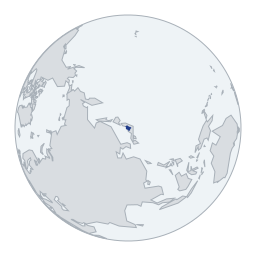 Niigata on an orthographic globe, rotated 277°
{"feature_id": "JPN-1867", "entity_name": "Niigata", "entity_type": "Prefecture", "adm_level": 1, "iso_a3": "JPN", "parent_name": "Japan", "parent_adm1": "", "projection": "orthographic", "projection_center": [138.832, 37.638], "detail": "fine", "context": "on_globe", "style": "filled", "palette": "blue", "viewbox_px": 256, "rotation_deg": 277, "n_neighbors": 0, "source": "natural_earth", "source_scale": "10m", "svg_char_len": 11884}
<svg xmlns="http://www.w3.org/2000/svg" viewBox="0 0 256 256"><g transform="rotate(277 128 128)"><circle cx="128" cy="128" r="113" fill="#eef3f6" stroke="#a8b0b8"/><path d="M199.3,202.4L199.2,202.9L199.1,203.1L199.3,202.4ZM221.7,65.5L219.8,64.5L223.6,68.4L224.5,70.0L224.7,70.3L223.8,69.6L222.6,67.7L219.7,65.5L219.1,67.0L213.3,64.1L202.6,56.3L203.8,55.7L201.1,54.1L199.4,55.0L199.0,56.0L187.4,54.1L180.7,59.3L182.1,63.8L179.0,60.8L184.0,71.7L182.6,77.6L182.0,69.2L180.3,67.1L178.3,70.1L176.1,68.7L173.9,69.4L171.4,67.5L171.3,63.0L169.7,61.8L168.4,64.0L165.1,63.8L167.3,60.6L161.8,59.9L160.5,52.9L168.4,47.1L165.6,42.7L168.1,35.6L165.7,35.1L165.2,32.5L162.3,31.1L163.6,30.5L160.2,29.9L159.5,30.8L157.8,30.9L156.1,30.2L157.4,29.2L158.5,29.4L157.9,28.8L159.4,28.6L157.7,28.3L159.5,27.3L155.1,27.3L154.4,25.8L156.3,25.4L159.5,26.7L171.8,30.0L174.7,30.5L175.7,29.7L170.3,25.2L172.1,25.4L172.2,24.9L169.6,24.0L168.7,24.2L164.0,22.7L163.4,23.4L161.4,23.0L159.4,23.5L156.1,22.1L153.9,20.7L155.4,20.3L154.5,19.7L150.2,19.3L150.0,18.1L145.0,16.7L145.3,16.7L148.6,17.3L154.8,18.6L158.7,19.6L161.2,20.4L169.2,23.2L177.1,26.6L184.6,30.6L191.9,35.2L198.7,40.3L205.2,45.9L211.2,52.0L216.7,58.6L221.7,65.5ZM224.9,126.1L224.0,124.1L225.3,124.2L224.9,126.1ZM223.0,123.6L223.4,124.1L222.9,123.8L223.0,123.6ZM222.3,123.9L222.8,123.7L222.3,124.2L222.3,123.9ZM221.5,124.6L221.9,124.1L221.9,124.3L221.5,124.6ZM220.0,125.0L219.6,125.0L219.9,124.4L220.0,125.0ZM199.2,56.8L199.6,55.2L202.0,55.1L201.8,56.5L199.2,56.8ZM194.4,57.4L194.0,56.1L197.1,57.5L196.3,57.8L194.4,57.4ZM183.6,67.6L184.4,65.9L184.3,68.0L183.6,67.6ZM174.0,69.8L174.5,70.8L173.1,70.8L174.0,69.8ZM161.4,24.2L160.5,23.8L161.3,23.9L161.4,24.2ZM161.5,24.8L163.1,25.2L163.4,25.6L162.4,25.3L161.5,24.8ZM168.1,67.9L165.8,67.7L168.1,67.1L168.1,67.9ZM159.3,24.3L163.7,26.2L164.1,26.9L160.6,26.6L159.3,24.3ZM164.4,67.1L158.8,67.0L159.4,69.1L154.6,63.3L161.0,65.2L163.8,64.0L163.1,65.8L164.4,67.1ZM160.1,31.4L160.7,30.4L161.8,31.9L160.1,31.4ZM161.3,32.4L167.2,37.3L165.5,38.6L163.8,36.6L162.9,38.9L159.1,37.1L158.8,35.4L160.6,34.9L157.8,34.6L161.3,32.4ZM152.9,60.3L151.5,59.7L152.9,59.5L152.9,60.3ZM157.2,31.1L158.6,31.9L157.2,33.0L154.2,31.7L155.6,31.7L157.2,31.1ZM164.5,40.5L162.9,41.3L159.4,40.0L158.3,40.1L158.8,37.2L164.5,40.5ZM155.0,31.1L152.7,31.0L151.8,29.9L155.8,30.4L155.0,31.1ZM158.1,33.9L157.2,34.5L156.7,33.7L158.1,33.9ZM147.1,26.2L148.8,26.9L148.2,27.5L147.1,26.2ZM151.9,31.0L152.2,31.4L152.2,31.8L150.5,31.5L151.9,31.0ZM156.3,36.6L155.2,35.9L155.9,37.7L153.3,36.9L154.2,35.2L152.7,35.6L151.9,35.4L153.5,34.2L156.3,36.6ZM148.6,32.4L148.8,30.2L145.9,28.6L146.3,27.9L151.0,30.6L148.6,32.4ZM151.4,33.5L149.8,32.7L151.1,32.2L153.1,32.6L151.4,33.5ZM151.3,37.1L155.1,38.7L154.7,39.0L151.3,37.1ZM147.5,32.0L147.5,32.5L147.2,31.9L147.5,32.0ZM149.8,35.6L151.2,36.0L150.8,36.4L149.8,35.6ZM146.3,33.3L146.4,32.6L147.7,32.7L146.3,33.3ZM147.7,34.4L146.8,34.8L148.1,33.3L148.4,34.6L147.7,34.4ZM149.2,35.8L149.4,36.2L148.7,35.6L149.2,35.8ZM141.4,33.3L142.6,31.3L145.5,31.6L143.9,33.5L141.4,33.3ZM43.7,53.3L43.9,53.1L37.1,62.1L34.7,66.8L39.8,62.6L43.7,54.8L47.8,50.8L47.3,54.8L44.4,62.3L45.8,61.1L50.5,54.5L52.7,54.6L52.4,52.1L50.4,54.3L50.2,52.9L52.0,50.9L52.7,51.0L54.4,48.5L50.6,49.4L48.2,51.7L50.9,47.2L47.0,50.7L46.8,50.5L53.1,44.6L54.7,43.5L64.1,36.1L62.8,36.7L53.7,43.9L55.3,42.4L53.3,43.8L56.0,41.6L66.3,34.1L70.6,31.1L76.8,27.7L77.7,27.2L83.7,24.5L80.6,26.0L82.0,25.5L79.2,27.0L79.4,27.9L77.2,29.6L81.3,28.9L80.8,29.8L78.5,29.9L75.8,31.0L70.8,35.9L71.0,36.6L74.1,35.9L72.3,37.5L75.9,36.2L75.0,39.1L79.1,34.7L82.9,34.2L84.5,35.6L86.5,34.7L83.8,32.5L82.0,32.4L79.4,33.5L75.3,33.1L76.1,31.7L83.2,29.4L85.2,27.3L89.8,26.9L94.2,32.5L94.0,35.7L85.2,42.1L82.9,41.4L85.0,38.8L79.4,41.7L81.6,41.2L80.2,42.7L83.4,43.0L82.5,44.1L87.0,42.6L86.3,44.0L83.4,44.9L87.5,46.9L87.1,50.0L88.4,50.0L90.0,49.1L88.4,53.9L89.5,53.7L90.4,52.0L93.1,50.5L97.3,49.9L96.6,51.6L94.9,52.0L90.4,55.7L86.2,56.9L86.3,57.5L89.8,56.9L95.3,52.4L98.1,51.6L95.7,53.9L96.8,53.0L97.9,53.1L98.3,54.9L101.0,52.6L114.4,52.9L116.5,56.8L112.9,58.5L121.5,61.5L123.1,66.2L124.0,64.5L128.6,65.3L128.2,63.7L128.9,63.0L140.7,64.9L142.9,66.9L148.9,66.4L149.4,65.6L148.1,64.1L154.6,63.3L159.4,69.1L158.1,70.5L161.9,73.4L158.6,76.3L157.5,80.3L151.6,82.2L151.3,85.4L152.9,86.2L153.6,91.4L149.9,99.8L146.1,89.4L150.5,77.4L148.1,81.8L146.6,79.9L144.5,81.0L143.1,84.3L144.1,85.3L131.4,86.8L123.8,94.8L129.2,95.9L131.1,99.6L127.2,111.0L111.0,122.8L113.3,128.9L112.4,132.2L108.1,133.1L109.3,128.3L106.4,125.4L107.7,122.8L101.2,123.0L102.9,119.2L97.0,121.5L97.5,125.1L102.6,126.1L96.9,130.1L100.1,137.1L98.7,143.7L87.5,151.9L78.7,152.0L77.8,153.7L75.2,150.2L70.3,152.2L74.1,165.5L73.5,168.5L66.2,171.3L66.3,169.0L59.4,159.5L57.1,166.0L62.3,174.9L64.0,182.6L59.6,178.3L58.0,171.3L55.5,167.7L56.9,161.9L56.4,151.2L51.9,150.4L53.0,146.7L51.5,136.4L45.6,134.8L35.6,138.1L33.0,146.8L30.2,148.4L29.6,131.1L32.0,121.4L30.2,119.9L31.0,108.4L27.7,98.5L28.7,95.5L27.7,94.5L28.5,89.2L30.6,84.5L30.4,82.5L25.3,94.9L25.6,97.2L28.0,96.4L26.3,100.1L25.7,106.3L21.1,109.0L18.6,102.2L20.8,95.2L31.6,71.2L32.7,69.9L32.8,69.7L33.1,69.3L31.6,70.9L34.3,66.7L25.8,81.4L23.3,86.7L18.5,102.4L18.3,102.7L17.5,106.9L17.9,112.1L17.4,114.1L15.7,120.1L15.6,120.6L16.4,112.4L17.9,104.3L19.9,96.3L22.5,88.5L25.7,80.8L29.4,73.5L33.7,66.4L38.5,59.7L43.7,53.3ZM38.7,73.9L38.6,78.9L43.0,73.3L43.4,74.9L44.8,72.5L43.4,72.9L47.4,67.0L48.9,68.2L51.2,66.4L51.3,64.6L47.9,63.5L42.1,71.8L40.2,72.1L38.7,73.9ZM146.1,16.8L145.7,16.8L146.0,16.8L146.1,16.8ZM92.4,22.1L90.1,22.9L89.1,22.9L91.9,21.5L93.3,21.4L92.4,22.1ZM87.0,24.1L93.3,22.6L91.8,23.7L91.6,23.3L89.9,24.1L89.2,23.8L81.6,26.5L80.3,26.7L86.2,23.6L85.0,24.4L87.3,23.4L87.0,24.1ZM111.8,19.5L114.5,19.6L107.8,21.7L106.1,21.4L108.8,19.8L112.4,19.2L111.8,19.5ZM152.2,23.8L153.7,24.1L153.3,24.3L151.7,24.2L152.2,23.8ZM147.9,26.5L145.4,22.6L147.0,22.8L143.6,20.7L146.4,20.4L148.5,21.6L148.1,20.0L151.1,21.0L150.4,20.0L154.7,22.9L157.4,24.0L153.3,22.8L150.7,23.1L150.4,23.5L151.4,25.6L155.8,28.4L154.0,29.3L151.4,29.2L150.1,28.7L151.7,28.2L148.7,27.9L150.1,26.8L147.9,26.5ZM123.0,31.4L125.5,30.4L119.7,30.7L121.1,29.2L120.3,29.3L120.0,28.0L118.2,26.8L119.3,26.2L118.2,26.0L117.9,25.3L116.7,24.8L118.2,23.7L116.9,23.2L118.4,23.0L115.6,22.4L118.3,22.4L118.3,21.6L115.6,22.0L126.9,18.3L129.5,17.2L130.2,16.4L134.8,16.9L137.1,18.0L137.7,19.8L134.5,21.0L137.2,21.1L136.4,21.8L134.6,21.4L137.0,22.4L135.9,22.9L136.4,25.2L140.5,26.7L140.8,27.7L138.6,27.4L140.4,28.7L136.6,28.8L136.7,29.6L133.1,30.7L129.0,29.8L129.4,30.8L126.7,31.8L123.0,31.4ZM140.2,33.5L135.0,32.5L133.1,31.3L140.2,30.0L140.6,29.3L145.1,28.7L147.7,30.6L146.2,30.5L145.3,31.0L144.8,30.2L144.5,31.1L142.4,31.2L141.7,32.0L140.2,31.4L140.2,33.5ZM56.6,40.9L55.4,41.9L54.1,43.1L52.8,44.1L56.6,40.9ZM62.6,36.3L63.5,35.7L62.7,36.2L60.5,37.8L62.6,36.3ZM64.4,35.2L62.9,36.1L64.4,35.1L64.4,35.2ZM78.0,30.5L77.5,31.2L76.6,31.5L76.0,31.4L78.0,30.5ZM106.1,32.9L107.9,32.3L108.2,32.6L112.1,32.6L111.5,33.9L108.8,34.4L106.1,32.9ZM39.3,62.2L38.8,61.9L39.7,60.7L39.7,61.0L39.3,62.2ZM45.2,52.2L42.9,55.1L44.9,52.5L45.2,52.2ZM106.1,34.3L107.8,34.1L106.4,34.9L106.1,34.3ZM111.2,34.8L109.9,35.8L111.8,34.0L111.2,34.8ZM90.3,206.6L93.6,207.9L93.5,208.2L90.3,206.6ZM86.7,204.3L90.5,205.5L86.2,204.9L86.7,204.3ZM91.9,206.0L95.8,206.2L97.4,206.0L97.2,206.8L91.9,206.0ZM84.2,203.6L71.3,198.7L66.3,195.6L67.3,194.7L75.3,198.4L84.2,203.6ZM66.9,194.5L59.6,186.9L50.8,169.1L53.9,171.3L63.4,184.2L62.8,185.2L67.2,190.6L66.9,194.5ZM85.3,193.9L84.7,197.6L77.4,194.7L74.1,192.9L71.9,187.0L73.1,184.9L75.7,186.0L86.7,180.7L90.3,184.1L86.7,186.9L89.8,191.3L85.3,193.9ZM33.2,148.0L33.9,155.0L32.5,154.5L33.2,148.0ZM91.7,175.5L86.9,178.3L91.5,174.1L91.7,175.5ZM94.8,171.0L94.8,173.2L93.2,170.7L94.8,171.0ZM77.1,156.7L74.3,156.1L74.5,154.5L78.3,154.4L77.1,156.7ZM97.7,149.3L96.5,153.9L95.6,155.3L94.9,152.1L97.7,149.3ZM102.7,46.8L98.0,45.2L94.1,45.4L91.2,47.2L93.3,44.1L99.2,43.9L102.7,46.8ZM113.0,51.9L115.5,50.5L115.8,51.8L115.3,52.2L113.0,51.9ZM113.6,50.6L114.0,47.8L116.3,47.5L115.5,49.7L113.6,50.6ZM109.8,40.5L108.5,39.9L109.6,39.2L109.8,40.5ZM174.7,229.9L176.7,229.2L173.7,230.8L169.3,232.7L164.4,234.5L174.7,229.9ZM138.3,238.9L136.8,238.0L142.0,237.7L141.0,238.6L138.3,238.9ZM177.8,228.2L180.4,226.4L180.2,225.4L181.4,226.0L184.9,224.4L177.9,228.7L177.8,228.2ZM115.5,232.7L95.2,231.9L90.4,230.2L90.7,229.1L84.5,223.0L86.0,223.6L83.9,219.7L95.3,219.6L103.2,214.9L110.6,216.6L115.5,212.3L123.5,213.6L121.7,217.4L130.6,220.6L135.1,212.0L142.0,221.5L149.5,224.2L153.3,228.7L145.3,235.8L139.4,237.2L137.6,236.8L135.3,237.3L130.8,237.1L127.0,235.1L124.8,235.6L126.3,234.2L123.4,235.4L120.5,233.8L115.5,232.7ZM173.0,217.1L174.6,217.0L177.4,217.7L174.9,218.1L173.0,217.1ZM195.4,205.8L196.4,206.1L194.7,206.9L195.4,205.8ZM199.1,203.1L197.0,204.2L199.3,202.4L199.1,203.1ZM179.5,210.6L180.4,211.0L179.8,211.3L179.5,210.6ZM178.9,210.6L179.6,209.5L179.6,210.4L178.9,210.6ZM171.0,207.0L171.8,206.4L172.2,206.7L171.0,207.0ZM98.6,209.1L103.2,207.4L105.8,207.7L98.6,209.1ZM169.6,206.1L167.4,206.3L167.6,205.8L169.6,206.1ZM169.6,204.9L169.3,204.1L170.8,205.7L169.6,204.9ZM165.3,203.7L168.1,204.7L165.1,203.9L165.3,203.7ZM163.8,204.0L161.9,203.6L162.0,203.3L163.8,204.0ZM143.8,206.1L150.8,210.6L145.5,210.6L139.5,207.7L135.4,210.2L125.6,209.1L127.7,207.6L126.2,204.9L116.6,202.6L114.6,200.6L117.9,199.9L111.7,197.5L118.5,197.7L121.4,201.8L125.3,199.4L132.3,200.7L139.3,202.3L145.2,205.0L143.8,206.1ZM118.8,205.7L120.0,205.9L119.0,206.8L118.8,205.7ZM158.3,201.9L161.1,203.4L160.8,203.9L159.5,203.7L158.3,201.9ZM146.5,204.4L152.7,201.4L154.2,201.4L150.1,204.8L146.5,204.4ZM151.1,199.5L154.1,199.8L155.8,201.4L155.1,201.9L151.1,199.5ZM104.9,200.1L104.7,201.0L103.0,199.9L104.9,200.1ZM107.1,199.9L112.4,202.0L106.7,200.7L107.1,199.9ZM92.0,192.8L93.4,195.6L97.9,195.2L94.5,196.6L97.7,201.3L96.7,202.5L93.5,197.5L92.6,201.6L90.6,200.9L89.4,196.9L91.3,192.8L93.3,191.4L101.5,192.6L92.0,192.8ZM107.0,197.0L105.7,193.8L106.7,192.1L108.2,193.9L107.0,197.0ZM102.0,185.9L98.7,181.6L95.5,182.1L102.2,178.8L104.2,183.5L102.0,185.9ZM99.6,177.5L96.6,178.0L99.9,175.9L99.6,177.5ZM95.9,176.6L95.9,174.0L98.1,175.0L95.9,176.6ZM101.1,178.0L102.1,173.9L103.0,176.7L101.1,178.0ZM95.6,168.1L100.0,173.6L93.8,170.1L94.8,161.7L97.5,162.3L95.6,168.1ZM118.4,137.4L118.4,134.7L121.2,134.7L120.4,136.5L118.4,137.4ZM130.3,132.9L121.9,133.9L115.2,134.8L116.8,136.4L114.3,140.4L112.6,135.8L118.1,132.0L123.0,132.1L124.7,128.6L128.9,126.9L129.6,122.2L131.7,120.6L132.6,124.9L130.3,132.9ZM129.7,120.3L132.3,112.4L137.1,114.5L137.6,116.6L134.4,119.3L132.0,118.0L129.7,120.3ZM134.4,111.2L132.1,110.0L131.3,97.5L132.4,95.5L135.5,105.6L133.6,105.1L132.9,107.9L134.4,111.2ZM151.4,60.7L151.5,59.8L152.3,60.7L151.4,60.7ZM128.6,62.2L129.8,61.4L130.7,62.4L128.6,62.2ZM133.5,59.8L131.7,59.2L134.0,59.1L133.5,59.8ZM127.4,58.2L131.1,58.7L127.1,59.2L127.4,58.2Z" fill="#d9dde1" stroke="#a8b0b8" stroke-width="1"/><path d="M126.1,129.3L126.4,129.2L126.5,129.1L126.8,129.0L126.8,128.9L127.0,128.9L127.4,128.6L127.6,128.5L127.6,128.4L127.7,128.2L127.8,128.1L128.0,127.8L128.0,127.7L128.4,127.4L128.5,127.4L128.7,127.2L128.9,127.0L129.0,126.5L129.0,126.4L129.1,126.2L129.3,126.3L129.3,126.5L129.5,126.6L129.6,126.8L129.4,126.9L129.3,127.1L129.3,127.3L129.2,127.3L129.2,127.5L129.3,127.6L129.2,127.9L129.1,128.0L129.1,128.3L129.1,128.2L129.0,128.3L128.9,128.3L128.7,128.4L128.6,128.5L128.5,128.8L128.6,129.0L128.6,129.3L128.5,129.2L128.4,129.2L128.4,129.3L128.2,129.3L128.2,129.5L127.9,129.7L127.9,129.8L127.8,129.7L127.8,129.8L127.7,129.7L127.6,129.4L127.6,129.2L127.4,129.2L127.3,129.3L127.2,129.3L127.1,129.5L126.9,129.6L126.7,129.6L126.7,129.4L126.5,129.5L126.4,129.5L126.2,129.4L126.1,129.3ZM127.4,127.1L127.5,127.2L127.6,127.3L127.5,127.5L127.3,127.6L127.1,127.7L127.2,127.4L127.1,127.2L127.2,126.9L127.3,126.9L127.4,126.7L127.5,126.7L127.5,126.8L127.4,127.1L127.4,127.1Z" fill="#3b82f6" stroke="#1e3a8a" stroke-width="1.5"/></g></svg>